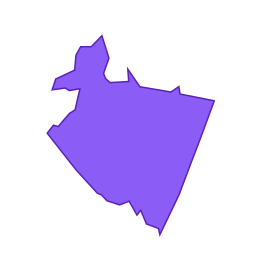 the district of Baldwin, Georgia, United States of America, rotated 215°
{"feature_id": "52423323B1932057307983", "entity_name": "Baldwin", "entity_type": "district", "adm_level": 2, "iso_a3": "USA", "parent_name": "United States of America", "parent_adm1": "Georgia", "projection": "orthographic", "projection_center": [-83.204, 33.058], "detail": "fine", "context": "isolated", "style": "filled", "palette": "violet", "viewbox_px": 256, "rotation_deg": 215, "n_neighbors": 0, "source": "geoboundaries", "source_scale": "gbopen_adm2", "svg_char_len": 638}
<svg xmlns="http://www.w3.org/2000/svg" viewBox="0 0 256 256"><g transform="rotate(215 128 128)"><path d="M202.3,188.6L204.7,173.5L213.4,167.4L212.4,157.9L204.9,144.8L215.3,126.7L212.0,115.8L202.3,124.8L197.7,124.9L189.9,132.6L181.7,112.4L184.3,106.4L186.0,89.2L190.7,87.5L191.2,77.4L146.8,64.0L115.8,57.0L111.1,58.0L103.6,56.3L90.8,60.2L85.1,68.7L70.7,61.8L70.4,67.9L57.8,60.0L45.5,63.2L40.7,58.9L47.9,102.5L56.5,136.1L62.6,160.6L72.9,199.7L104.8,185.7L110.1,191.1L113.5,182.1L141.9,168.6L161.9,176.1L154.1,166.5L168.7,154.9L174.9,155.7L179.3,158.7L183.7,174.3L202.3,188.6Z" fill="#8b5cf6" stroke="#5b21b6" stroke-width="1.5"/></g></svg>